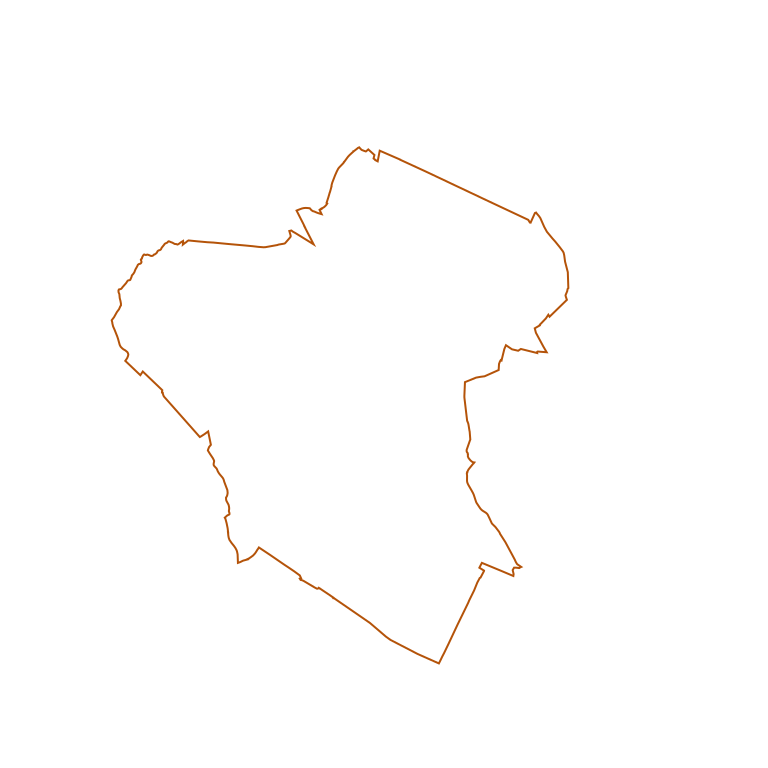 the district of Oosterhout, Noord-Brabant, Netherlands, rotated 231°
{"feature_id": "6326949B60940309425177", "entity_name": "Oosterhout", "entity_type": "district", "adm_level": 2, "iso_a3": "NLD", "parent_name": "Netherlands", "parent_adm1": "Noord-Brabant", "projection": "natural_earth1", "projection_center": [4.867, 51.632], "detail": "fine", "context": "isolated", "style": "outline", "palette": "amber", "viewbox_px": 768, "rotation_deg": 231, "n_neighbors": 0, "source": "geoboundaries", "source_scale": "gbopen_adm2", "svg_char_len": 6034}
<svg xmlns="http://www.w3.org/2000/svg" viewBox="0 0 768 768"><g transform="rotate(231 384 384)"><path d="M405.3,607.4L414.5,609.9L416.8,610.1L420.7,610.0L421.5,610.1L421.9,609.0L421.8,608.7L417.3,599.8L417.5,599.8L417.8,599.0L420.8,599.4L462.7,579.1L523.2,550.0L548.1,537.7L548.2,537.8L568.0,527.5L561.0,519.2L563.3,518.2L563.4,518.4L565.8,517.8L568.0,520.7L576.2,519.4L576.1,516.9L576.1,516.4L576.2,516.2L577.8,515.2L580.1,513.9L582.4,513.7L583.5,513.7L583.6,513.4L583.9,512.0L583.8,511.7L583.9,507.4L584.0,507.1L583.9,507.1L583.8,504.6L583.6,501.4L583.3,499.2L582.9,497.6L581.4,492.0L581.5,492.0L581.2,491.2L581.1,490.3L580.5,485.5L580.2,484.1L580.0,483.6L578.9,481.1L576.9,477.2L573.1,470.6L571.9,468.9L570.8,467.6L570.6,467.6L567.1,462.7L567.0,462.4L564.0,458.1L560.9,453.3L560.0,453.5L559.4,451.6L559.2,449.6L559.2,448.6L559.4,447.1L559.3,445.7L559.8,445.7L559.9,443.5L555.3,442.4L558.2,440.4L560.1,439.3L561.5,438.6L562.5,438.0L562.9,437.6L563.7,437.3L564.9,437.0L567.3,436.9L568.7,435.5L570.0,434.1L570.8,433.0L571.4,432.0L572.1,430.5L573.4,426.6L573.8,425.2L559.3,422.1L555.9,421.3L556.0,421.2L536.8,417.2L552.3,411.8L557.4,410.0L559.6,409.1L561.6,408.6L562.5,406.7L558.2,404.9L557.6,404.4L557.3,404.2L557.0,403.2L556.7,401.7L555.7,396.0L555.7,395.4L556.0,394.6L558.7,389.8L559.1,388.6L565.0,377.9L566.1,376.4L569.7,372.6L573.6,368.8L578.9,363.4L590.5,351.4L601.3,340.4L605.2,336.1L611.3,329.8L618.6,322.4L618.8,321.0L618.7,319.5L618.9,317.8L618.9,315.4L621.3,317.7L621.6,317.9L621.9,315.8L622.0,312.9L622.1,312.3L622.2,311.6L622.4,311.2L623.5,310.6L624.3,309.7L624.7,309.4L627.0,308.5L628.3,307.7L630.2,306.7L630.5,306.3L630.5,305.5L630.3,305.0L630.3,304.5L630.9,302.2L630.8,301.3L630.6,300.8L629.8,297.0L629.1,295.5L629.0,295.0L629.1,294.1L629.7,292.8L629.7,291.8L629.6,291.3L629.2,290.6L629.1,290.1L628.9,289.7L628.9,289.3L628.9,288.7L629.0,287.3L629.3,286.9L629.3,286.3L629.2,285.7L629.2,285.3L629.3,284.8L629.6,284.2L630.0,283.7L630.5,283.3L632.1,282.5L633.4,281.6L633.7,281.2L634.0,280.3L634.6,279.7L635.4,279.3L635.7,278.8L635.4,277.5L634.6,275.7L633.8,274.7L633.8,273.5L633.6,273.2L631.9,272.6L631.5,272.3L631.1,271.9L630.8,271.0L631.0,269.9L631.4,269.2L631.5,268.7L631.5,268.2L631.5,267.7L630.7,266.1L629.4,262.8L627.9,260.2L627.3,258.2L627.1,256.7L627.0,256.3L626.3,255.5L625.7,254.4L624.6,252.3L624.7,251.8L625.5,250.4L625.5,249.5L624.7,247.0L623.8,241.7L623.4,240.2L623.4,239.4L624.3,237.4L623.6,236.3L622.2,235.4L620.4,234.9L617.1,232.7L614.5,231.5L612.1,230.2L610.6,229.0L610.3,227.8L609.7,226.8L609.4,226.1L608.9,225.2L608.0,221.7L605.8,216.2L604.9,212.5L602.7,211.5L602.0,211.0L599.2,209.7L595.5,208.7L588.8,206.6L586.4,205.7L580.9,203.3L580.2,203.1L578.6,202.8L576.5,203.0L575.0,203.3L573.3,204.0L572.5,204.2L570.5,204.6L569.8,204.6L568.0,204.0L567.5,203.5L566.8,202.6L565.8,200.8L565.4,199.6L564.8,197.5L544.2,200.2L545.5,204.4L518.7,207.8L518.0,206.9L517.1,206.1L516.5,206.6L515.7,206.1L514.6,205.6L513.3,205.2L512.3,205.1L458.7,207.5L458.4,209.3L458.0,213.0L457.8,217.5L445.7,211.2L445.1,208.4L443.8,206.1L443.2,205.3L439.5,204.8L434.0,204.3L431.7,203.8L431.3,203.6L431.0,203.5L429.3,201.5L428.6,200.9L428.0,200.6L427.7,200.5L426.5,200.5L423.8,200.7L422.7,200.5L420.8,199.9L418.9,199.6L417.3,199.5L412.9,199.6L411.8,199.5L410.6,199.2L408.5,198.3L403.4,196.6L400.1,195.5L397.7,193.9L396.3,192.3L395.8,191.5L395.6,191.1L395.1,189.7L394.7,189.4L393.6,188.6L392.6,188.1L391.7,187.9L388.0,187.2L386.5,186.5L385.0,185.6L383.9,184.6L383.1,183.7L382.9,183.5L382.4,183.2L381.0,182.7L380.2,182.1L380.0,181.8L380.0,181.4L380.3,180.3L380.5,179.3L380.3,176.1L379.3,176.0L378.5,175.7L374.7,174.0L370.3,171.7L366.8,169.5L366.9,169.4L363.8,167.4L362.1,166.5L360.1,165.8L358.8,165.7L356.5,165.5L352.5,165.5L349.9,165.3L347.5,164.8L346.2,164.3L343.7,163.0L336.9,157.9L336.1,160.2L335.4,163.3L333.9,166.7L334.1,166.6L333.4,169.4L333.2,171.8L333.1,174.3L333.5,177.1L334.1,179.1L335.0,181.6L335.0,181.9L335.7,183.9L322.9,187.9L306.0,192.9L301.6,194.3L295.0,196.3L288.2,198.1L285.2,197.3L285.7,196.1L284.2,195.9L283.3,196.7L282.2,197.3L281.3,197.7L269.4,202.1L267.1,203.1L266.8,203.5L266.6,204.0L266.5,204.3L266.7,205.0L265.4,205.4L265.4,205.5L265.0,205.6L250.3,210.1L250.3,209.8L250.1,209.8L250.2,210.0L207.1,222.7L186.5,226.5L181.0,228.0L153.1,240.2L132.3,250.8L133.7,253.9L135.5,257.7L137.1,261.4L141.3,270.3L150.6,289.5L161.0,311.8L162.1,313.8L166.4,323.1L166.8,324.0L171.0,331.6L172.8,335.9L173.0,336.3L172.8,337.2L175.7,344.0L176.0,344.3L181.2,342.5L183.4,347.5L165.0,357.5L153.4,363.7L154.7,365.1L158.4,366.9L159.4,369.5L158.8,370.3L157.4,371.8L156.0,373.1L155.8,373.4L155.8,374.5L155.5,375.5L159.5,374.3L160.5,374.1L163.0,374.5L165.2,375.1L169.9,376.0L184.7,378.8L194.6,379.9L195.4,380.2L196.5,380.4L202.6,380.6L207.1,380.1L207.9,380.1L213.4,381.5L217.3,382.4L218.3,382.4L219.7,382.2L222.9,381.1L223.9,380.8L225.0,380.6L226.4,380.5L227.9,380.6L232.1,381.0L233.3,381.1L234.5,381.4L241.3,384.0L243.1,384.5L245.8,385.0L252.2,386.0L254.0,386.4L255.6,387.0L256.9,387.9L260.5,390.9L262.4,392.1L263.1,393.0L262.9,393.2L263.5,393.9L264.1,395.2L264.4,395.9L264.4,396.0L264.8,397.7L265.2,399.6L265.9,402.9L265.9,403.6L266.2,404.8L267.2,403.9L268.5,403.4L270.3,403.1L273.1,403.1L274.0,403.3L275.1,403.7L276.5,405.0L276.7,404.9L277.8,405.6L279.0,405.6L279.9,406.0L280.8,406.8L286.2,415.5L286.5,416.1L293.2,420.7L293.7,420.9L298.9,423.9L300.5,424.7L301.9,425.1L302.2,425.3L303.0,425.4L322.8,437.9L324.1,438.9L334.5,448.1L331.0,459.6L328.8,463.6L326.7,467.0L322.7,481.9L327.2,486.0L328.5,488.2L329.1,489.8L328.3,490.1L335.5,499.6L337.4,503.2L330.4,505.3L325.4,509.2L325.1,512.4L311.7,522.5L312.1,522.7L312.6,523.3L312.5,523.9L306.3,530.4L312.8,531.4L328.2,534.3L332.4,536.2L331.5,542.0L331.9,542.1L332.1,542.8L332.2,544.1L333.1,551.1L334.4,555.3L332.1,555.0L334.3,579.1L337.3,580.2L338.6,580.8L338.9,581.2L340.9,584.9L341.5,585.5L342.4,586.7L342.5,587.6L355.2,597.2L365.1,601.7L370.7,605.1L373.0,606.2L374.5,606.5L380.0,606.7L386.9,606.7L391.1,606.5L399.8,606.4L405.3,607.4Z" fill="none" stroke="#b45309" stroke-width="2"/></g></svg>